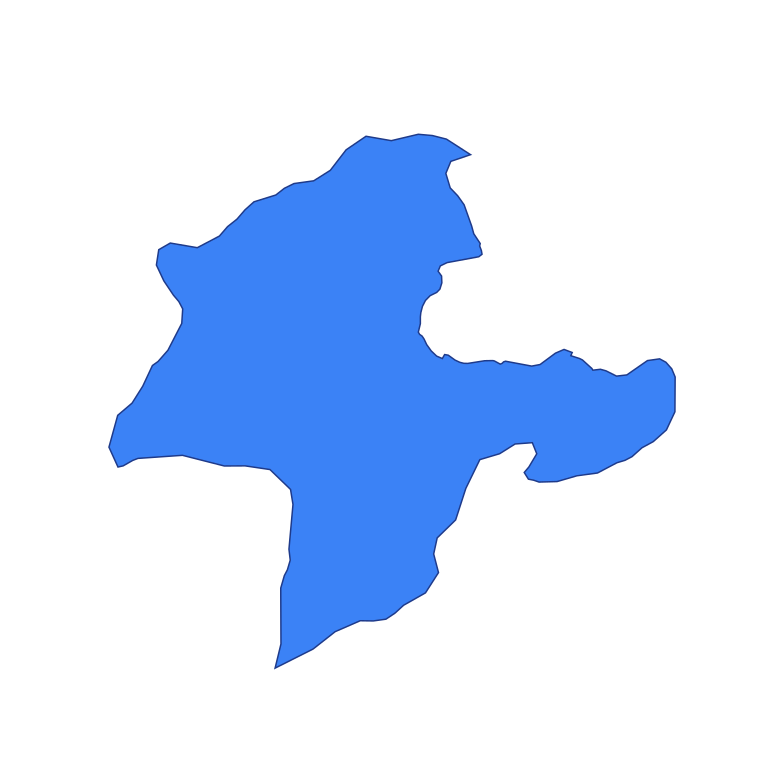 the Province of Malatya, rotated 344°
{"feature_id": "TUR-2284", "entity_name": "Malatya", "entity_type": "Province", "adm_level": 1, "iso_a3": "TUR", "parent_name": "Turkey", "parent_adm1": "", "projection": "natural_earth1", "projection_center": [38.295, 38.485], "detail": "fine", "context": "isolated", "style": "filled", "palette": "blue", "viewbox_px": 768, "rotation_deg": 344, "n_neighbors": 0, "source": "natural_earth", "source_scale": "10m", "svg_char_len": 1959}
<svg xmlns="http://www.w3.org/2000/svg" viewBox="0 0 768 768"><g transform="rotate(344 384 384)"><path d="M372.4,169.3L391.3,163.8L412.2,148.4L435.0,140.9L458.1,152.1L485.8,153.4L499.0,158.5L511.5,165.8L530.4,187.4L509.6,188.4L501.5,198.6L501.7,213.8L506.7,223.3L510.4,233.8L511.8,256.3L511.7,264.3L515.2,275.5L514.0,277.7L514.4,282.6L514.0,286.3L510.2,287.8L478.1,284.7L470.7,286.0L467.1,290.5L469.1,296.1L467.5,302.7L463.9,308.2L459.9,310.5L452.7,311.8L446.9,315.1L442.4,319.9L439.1,325.5L437.5,329.4L435.6,336.0L431.3,343.6L431.9,346.1L433.8,348.4L434.9,351.8L435.9,357.9L438.5,365.2L442.3,371.7L447.1,375.6L450.4,372.4L453.7,374.0L458.9,380.6L462.8,384.0L466.4,386.1L470.2,387.3L487.2,389.4L495.1,391.5L496.5,392.3L501.2,396.9L503.3,396.7L505.0,395.7L507.1,395.6L530.9,407.5L539.4,408.3L557.3,401.6L566.6,400.4L573.6,405.6L571.4,408.3L579.0,413.4L581.4,415.6L588.1,426.4L588.6,428.3L596.1,429.5L601.0,432.5L609.7,440.5L619.9,442.2L643.7,434.1L655.9,435.8L661.0,440.8L664.8,448.8L665.8,457.5L656.0,490.9L642.8,506.0L627.0,513.6L614.4,516.4L602.4,522.2L594.6,523.8L586.2,523.9L564.7,528.4L544.1,525.4L523.5,525.5L506.0,521.0L501.3,517.7L496.6,515.3L494.4,507.7L500.4,503.7L511.6,493.2L510.4,481.3L493.5,477.8L475.9,482.9L455.3,483.1L433.9,506.9L415.4,534.4L392.7,546.6L384.9,561.1L384.4,580.3L366.3,596.2L341.8,602.1L331.6,607.2L321.0,610.6L308.4,608.8L295.9,605.0L268.8,608.6L242.8,619.2L201.0,627.1L213.3,605.5L228.5,551.7L235.4,540.7L239.9,536.0L245.3,527.5L247.1,516.6L263.3,474.7L265.1,459.6L250.8,434.8L227.9,424.4L207.9,418.8L170.6,397.0L127.0,387.7L121.4,388.2L110.7,390.8L105.4,390.5L102.2,368.9L119.4,340.7L136.6,332.9L151.5,319.6L166.5,302.4L173.0,300.1L185.6,292.0L206.3,270.0L211.2,256.3L209.5,248.2L206.1,240.6L200.8,224.2L198.0,206.9L204.5,192.8L217.4,189.6L242.1,201.5L266.6,196.4L277.0,189.6L288.1,185.0L298.5,178.2L309.3,173.0L332.1,172.5L342.2,168.4L352.7,166.5L372.4,169.3Z" fill="#3b82f6" stroke="#1e3a8a" stroke-width="1.5"/></g></svg>